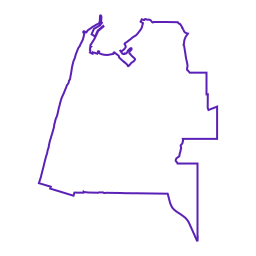 the district of Bunbury, Western Australia, Australia
{"feature_id": "25037944B68706686187302", "entity_name": "Bunbury", "entity_type": "district", "adm_level": 2, "iso_a3": "AUS", "parent_name": "Australia", "parent_adm1": "Western Australia", "projection": "natural_earth1", "projection_center": [115.658, -33.355], "detail": "fine", "context": "isolated", "style": "outline", "palette": "violet", "viewbox_px": 256, "rotation_deg": 0, "n_neighbors": 0, "source": "geoboundaries", "source_scale": "gbopen_adm2", "svg_char_len": 5351}
<svg xmlns="http://www.w3.org/2000/svg" viewBox="0 0 256 256"><path d="M141.8,19.3L141.1,20.8L140.6,21.7L143.0,23.2L142.7,24.2L142.0,26.8L141.7,27.8L141.2,28.8L139.7,30.9L138.2,32.8L137.2,34.1L136.2,35.1L135.3,35.8L134.9,36.0L133.5,36.8L133.2,37.0L131.3,38.5L130.6,39.2L129.8,39.7L127.4,41.6L125.6,42.8L124.7,43.5L124.6,44.2L125.5,45.5L125.7,46.6L125.7,47.0L125.2,47.9L124.7,48.6L124.0,49.4L123.3,50.0L122.5,50.6L121.7,51.3L121.1,51.4L120.9,51.3L120.5,50.7L120.3,50.8L122.4,53.7L123.6,54.1L124.5,54.0L124.6,53.4L125.0,53.4L126.0,53.5L126.3,53.3L126.5,53.2L126.8,52.9L127.7,51.1L128.1,50.4L129.8,48.8L130.2,48.5L130.4,48.4L130.5,48.4L131.0,48.1L131.4,48.3L131.6,48.8L131.5,49.3L131.4,49.5L131.3,49.8L130.7,50.4L130.0,51.0L129.5,51.6L129.4,51.8L129.4,53.2L129.6,53.6L130.5,54.3L131.1,55.2L131.8,55.9L133.0,57.0L134.2,58.0L135.0,59.0L135.1,59.3L134.9,59.8L134.2,60.7L134.0,61.0L133.4,61.5L131.2,63.0L129.3,65.4L128.4,66.1L128.1,66.2L127.9,66.0L127.6,65.5L127.8,65.2L124.4,62.0L124.2,62.2L119.2,57.6L118.7,55.8L114.2,52.3L113.7,52.6L114.0,53.2L113.3,53.9L113.1,54.0L112.3,54.1L109.0,54.7L107.1,55.0L105.9,54.9L104.2,54.8L102.9,54.5L101.7,54.2L99.1,53.2L98.8,53.0L98.7,52.8L98.6,52.5L99.1,51.5L98.4,51.2L98.0,51.4L97.2,53.7L96.0,53.4L95.2,53.0L93.6,52.5L93.2,52.6L92.8,52.4L92.6,53.7L92.2,53.5L91.8,53.5L91.5,53.4L91.1,53.0L90.0,52.5L90.2,52.2L90.3,52.0L90.3,51.9L90.3,51.6L90.2,50.0L90.2,49.9L89.9,49.8L90.1,48.4L90.2,48.0L90.1,47.9L90.8,47.0L90.7,47.0L90.6,46.8L90.3,46.5L90.3,46.2L90.4,45.5L90.5,44.9L90.7,44.5L90.9,44.5L94.5,38.8L98.2,30.9L103.5,26.5L103.2,26.0L97.7,30.6L95.0,36.8L94.9,36.9L94.8,37.1L94.6,36.5L94.5,36.3L94.1,35.8L91.6,34.3L93.9,28.9L100.1,25.3L100.0,24.8L100.3,24.9L100.5,24.6L100.6,24.1L100.8,24.0L101.5,23.5L101.9,22.9L101.9,22.7L101.6,22.6L101.0,22.7L100.9,22.6L100.8,22.4L101.1,22.0L101.2,21.1L101.3,19.0L101.4,17.0L101.4,16.6L101.1,15.9L101.0,15.6L100.8,15.4L100.7,15.4L100.3,15.4L100.2,15.6L100.0,16.2L99.9,19.0L99.7,21.4L99.7,21.8L99.4,22.6L99.0,23.2L98.9,23.3L98.3,23.8L98.1,23.9L96.9,24.4L96.0,24.8L95.4,25.3L92.2,27.1L91.7,27.5L90.9,28.2L90.2,28.7L89.1,29.4L88.2,30.0L87.8,30.4L87.1,31.1L86.8,31.7L86.5,32.3L86.4,32.4L86.0,32.4L85.8,32.3L84.4,31.3L83.8,31.3L83.6,31.3L83.3,31.7L83.2,32.1L83.3,32.3L83.8,33.1L84.3,33.7L83.8,35.8L83.4,37.6L82.7,39.9L82.0,41.3L81.8,41.5L81.2,43.1L81.0,43.3L80.3,44.6L79.7,46.1L79.3,46.7L78.5,47.7L77.8,49.1L77.4,50.3L77.1,51.1L75.8,54.3L75.6,55.1L75.3,56.2L74.6,58.6L73.9,60.1L73.5,61.1L72.9,63.4L72.5,65.0L72.0,67.4L71.7,69.0L71.6,70.0L71.1,73.1L70.0,79.1L69.7,79.8L69.3,80.2L68.9,81.2L68.8,82.0L68.7,82.3L68.5,82.9L68.4,83.2L68.1,83.7L67.4,84.7L67.1,85.0L66.9,85.4L66.7,85.8L66.1,87.6L65.6,88.7L64.3,91.9L63.4,94.1L62.2,96.6L61.2,99.2L60.0,103.5L59.4,106.1L58.8,107.9L58.2,110.9L57.5,114.1L56.7,116.7L56.0,118.2L55.8,118.8L55.5,119.6L54.9,122.3L54.5,123.8L54.3,124.2L54.0,126.9L53.7,128.1L52.6,132.0L51.9,134.5L51.2,136.5L50.9,137.8L50.6,138.8L50.3,139.5L49.6,142.1L49.5,142.6L49.2,144.1L48.9,145.2L48.7,147.0L48.6,147.5L47.7,150.0L47.2,152.9L47.0,153.6L46.5,155.1L45.9,157.0L45.2,159.8L45.1,160.1L44.1,164.0L43.5,166.8L43.2,167.9L42.5,170.4L42.0,172.6L41.3,175.1L41.1,176.2L40.8,177.6L40.4,178.4L40.1,179.4L39.8,180.3L39.2,182.3L38.9,183.2L50.8,186.7L50.2,188.6L73.5,195.7L74.4,192.6L83.4,192.7L83.6,191.7L84.0,192.0L84.8,192.1L88.0,192.5L96.0,192.7L96.8,192.7L97.5,192.8L98.0,192.8L98.9,192.4L103.0,192.4L103.2,192.5L103.7,192.9L104.4,193.0L105.6,192.9L106.3,192.8L120.4,193.0L125.8,193.2L138.9,193.3L152.7,193.5L167.7,193.7L170.1,203.0L171.0,205.2L172.1,207.3L172.6,208.0L173.2,208.7L173.7,209.3L174.5,210.0L176.2,211.4L180.5,214.2L183.7,216.5L185.4,217.9L186.6,219.2L188.1,221.2L189.1,223.1L196.2,238.9L196.9,240.6L197.4,240.6L197.5,240.6L197.6,240.3L197.7,236.0L197.5,235.7L197.5,163.5L177.5,163.5L177.2,162.5L176.6,162.0L176.4,161.8L175.8,161.0L175.7,160.7L175.7,160.4L175.9,159.5L176.2,158.7L176.3,158.5L176.9,158.0L177.8,157.3L178.9,156.6L179.3,156.2L179.4,155.8L179.5,155.5L179.5,154.5L179.6,154.0L180.2,152.1L180.5,151.3L180.5,150.2L180.6,149.9L180.8,149.6L181.0,148.8L181.1,148.5L181.0,147.3L181.0,147.1L180.8,146.4L180.7,145.4L180.8,145.2L181.1,144.8L181.7,144.2L182.0,143.9L182.4,143.3L182.5,143.0L182.6,142.6L182.6,141.9L182.8,141.6L182.9,141.3L183.0,141.0L183.0,140.6L183.0,139.8L182.8,138.9L217.1,138.9L217.1,106.6L208.5,110.0L207.9,108.4L207.7,107.7L207.8,94.3L207.4,94.4L206.5,94.4L206.5,72.7L189.8,72.7L187.6,70.2L187.4,70.2L187.1,69.7L187.0,68.8L187.5,66.0L187.5,65.3L187.4,64.6L186.8,61.4L186.5,60.3L186.4,60.1L185.9,57.3L185.3,53.3L184.7,49.6L184.3,47.0L184.0,45.5L183.6,45.0L183.5,44.7L183.7,44.3L183.9,43.9L184.0,43.1L184.1,42.0L184.2,41.0L184.4,40.2L184.6,39.5L184.9,38.6L185.6,37.0L185.8,36.6L187.5,34.2L187.8,33.8L187.9,33.6L187.1,33.5L186.9,33.3L186.6,33.2L186.2,33.1L185.5,32.7L184.7,32.2L184.0,31.2L183.9,30.9L183.8,30.7L183.6,30.1L183.5,29.9L183.5,29.7L183.5,29.8L183.3,29.7L183.2,29.6L183.0,29.2L182.8,28.6L182.4,28.2L182.4,27.7L182.0,27.4L181.9,26.9L181.0,25.3L180.0,24.0L179.6,24.0L179.5,23.9L179.4,23.7L178.4,23.2L178.2,22.9L178.1,22.6L178.0,22.4L177.7,22.2L176.9,22.2L166.3,22.0L153.8,22.0L153.5,22.1L153.2,22.4L152.6,22.4L152.3,22.2L151.6,21.5L150.9,20.6L150.5,20.2L149.5,19.7L148.8,19.6L147.6,19.7L146.9,19.6L145.7,19.1L145.2,19.0L144.8,19.4L144.7,19.6L144.4,19.9L144.3,20.0L143.8,20.0L141.8,19.3Z" fill="none" stroke="#5b21b6" stroke-width="2"/></svg>